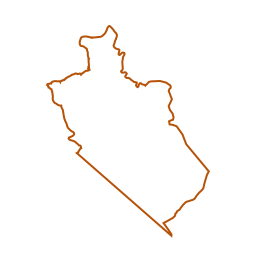 the district of Ibobang, Ngatpang, Palau, rotated 13°
{"feature_id": "81905179B30151450559542", "entity_name": "Ibobang", "entity_type": "district", "adm_level": 2, "iso_a3": "PLW", "parent_name": "Palau", "parent_adm1": "Ngatpang", "projection": "robinson", "projection_center": [134.529, 7.483], "detail": "fine", "context": "isolated", "style": "outline", "palette": "amber", "viewbox_px": 256, "rotation_deg": 13, "n_neighbors": 0, "source": "geoboundaries", "source_scale": "gbopen_adm2", "svg_char_len": 4915}
<svg xmlns="http://www.w3.org/2000/svg" viewBox="0 0 256 256"><g transform="rotate(13 128 128)"><path d="M101.1,53.4L100.5,53.5L99.3,53.4L98.7,53.4L98.3,53.2L97.9,53.1L97.1,52.8L96.6,52.5L96.2,52.1L95.6,51.4L95.4,50.8L95.5,49.9L95.7,48.6L95.8,47.2L95.8,46.3L95.9,45.4L96.1,44.6L96.3,43.8L96.3,42.5L96.5,41.7L96.4,40.8L96.3,40.0L96.2,39.7L96.0,39.3L95.5,38.9L95.1,38.4L94.8,38.1L94.5,37.8L93.6,37.4L92.6,36.6L92.1,36.0L91.3,35.4L90.3,34.6L89.7,34.2L89.2,33.9L88.6,33.5L88.0,33.2L87.5,32.9L86.9,32.8L86.5,33.1L86.1,33.5L85.5,35.0L85.4,35.9L85.3,36.9L85.1,38.0L84.9,38.8L84.7,39.6L84.5,40.4L84.2,41.1L83.8,41.9L83.2,42.7L82.7,43.5L82.3,44.0L81.8,44.5L81.2,45.0L80.6,45.3L80.3,45.5L79.5,45.8L78.4,46.1L77.3,46.5L76.0,47.0L75.0,47.3L74.0,47.6L72.3,47.9L72.4,48.2L71.6,48.2L70.3,48.1L69.8,48.2L69.2,48.0L68.4,48.2L67.7,48.2L67.2,48.1L66.6,48.3L66.0,48.4L65.2,48.6L64.1,48.9L63.4,49.3L62.8,49.7L62.2,50.2L61.9,50.8L61.8,52.1L61.6,53.3L61.6,54.9L61.7,55.8L62.0,56.2L62.1,57.1L63.2,58.4L63.9,58.6L66.3,58.5L67.6,59.1L70.1,60.2L70.9,62.0L71.9,63.5L72.0,64.3L72.6,66.4L73.2,67.7L74.0,69.1L74.4,69.3L74.0,70.0L74.5,71.1L74.7,72.4L75.0,72.9L75.1,73.5L75.4,74.3L75.6,75.0L75.8,75.7L75.9,76.7L75.6,77.0L75.7,77.5L76.2,77.1L76.5,77.9L75.8,78.5L75.7,78.9L76.1,79.2L76.2,79.7L76.7,79.9L77.0,79.7L77.4,79.7L77.5,79.9L77.0,80.3L76.5,80.4L76.5,80.7L76.3,80.7L76.1,81.0L75.8,81.2L75.5,81.4L75.0,81.4L74.7,81.6L74.1,81.8L73.8,82.0L73.5,82.4L73.3,82.7L73.0,83.0L72.7,83.2L72.4,83.7L72.2,84.0L71.6,84.6L71.4,85.0L70.6,85.8L70.3,86.4L70.0,86.0L69.8,86.3L69.6,86.1L69.2,85.8L68.8,85.8L67.7,86.4L66.6,86.9L65.6,86.5L65.1,86.6L64.1,86.9L63.5,87.6L62.8,88.0L61.7,88.5L61.3,89.0L61.0,89.0L60.7,89.6L60.4,89.8L59.7,90.6L59.2,90.9L58.7,91.3L58.2,91.5L57.4,92.4L57.2,92.7L56.8,92.9L56.6,93.4L56.2,93.6L56.0,94.3L55.6,94.6L55.3,95.2L55.1,95.1L54.7,95.7L54.3,95.6L54.0,96.0L53.4,96.5L52.9,97.0L52.6,96.9L52.4,97.3L52.0,97.4L51.8,97.7L51.7,98.3L51.5,98.0L50.4,97.9L49.7,98.1L49.1,98.3L48.4,98.5L48.2,98.5L47.5,98.5L47.1,98.6L46.5,98.7L46.1,98.8L45.4,99.1L45.0,99.4L44.3,99.7L43.9,99.9L43.7,100.1L43.4,100.6L43.2,101.2L43.3,101.7L43.2,102.0L42.6,101.9L42.5,102.1L42.1,102.2L41.9,102.4L41.6,102.4L41.1,102.6L40.8,103.0L40.3,103.1L39.9,103.2L39.5,103.7L39.6,104.3L40.1,104.3L40.5,104.7L40.4,105.0L40.7,105.3L41.0,105.7L41.3,105.7L41.5,106.0L41.6,106.4L42.0,106.3L42.2,106.5L42.6,106.6L43.0,107.0L43.4,107.1L43.9,107.4L44.7,107.5L44.7,107.9L44.9,108.1L45.1,108.3L45.7,109.4L46.0,109.5L46.1,110.1L46.3,110.5L46.4,111.0L46.6,111.3L46.9,111.9L47.0,112.5L47.3,113.1L47.6,113.7L47.7,114.7L47.9,115.2L48.0,116.4L48.2,117.0L48.5,117.6L49.1,118.3L49.6,119.0L50.4,119.7L51.2,120.1L52.2,120.3L53.1,120.6L53.8,121.0L54.7,121.3L55.4,121.4L56.4,121.4L57.5,121.4L57.9,121.2L58.2,121.7L58.3,122.3L58.6,122.9L58.9,123.3L59.3,123.8L59.7,124.2L60.3,124.9L60.8,125.9L61.3,127.2L62.0,128.9L62.3,129.5L62.4,129.9L62.5,130.3L62.8,130.8L63.0,131.2L63.3,132.0L63.7,132.8L64.0,133.4L64.6,134.2L65.0,134.9L65.4,135.4L65.9,136.1L66.6,136.8L67.1,137.6L67.6,138.4L67.9,139.2L68.4,139.9L69.1,141.0L69.9,141.7L70.8,142.2L71.7,142.8L72.4,143.2L73.4,143.7L74.2,144.0L75.5,144.2L75.8,144.5L76.4,145.0L76.8,145.5L76.9,146.4L76.7,146.8L76.4,147.4L76.2,147.8L75.6,148.4L74.9,149.0L74.2,149.5L73.7,149.8L73.2,150.2L72.6,150.6L72.5,151.1L72.5,151.5L72.8,152.0L73.1,152.2L73.4,152.4L74.1,152.7L75.1,152.8L76.0,152.8L76.4,152.8L77.2,152.9L78.0,152.9L79.3,153.3L80.2,153.6L80.9,154.1L81.8,154.5L82.8,155.1L84.4,156.0L85.1,155.8L85.9,156.2L86.2,156.5L86.4,157.0L86.6,157.7L86.9,158.2L86.6,158.4L86.4,158.7L86.1,159.2L85.9,159.5L85.8,159.9L85.7,160.3L85.5,160.8L85.3,161.3L85.1,161.9L85.1,162.3L85.1,162.5L84.9,163.0L84.6,163.1L84.5,163.4L84.2,163.5L83.8,163.8L83.7,163.9L194.5,223.2L194.3,221.9L192.5,220.2L190.7,218.5L184.0,212.6L187.3,209.8L192.1,205.3L193.6,202.9L193.4,200.9L194.3,199.7L194.5,198.2L195.4,197.1L196.7,196.0L197.2,194.3L199.0,190.4L201.2,187.0L207.6,183.2L208.9,181.8L210.0,178.7L211.8,175.1L213.7,172.3L214.9,170.1L215.0,163.2L215.5,155.9L216.5,152.1L188.4,130.7L182.5,122.0L175.0,115.4L171.3,114.9L167.7,115.1L166.5,112.2L168.2,110.9L170.0,109.8L170.0,107.3L168.2,103.9L164.7,100.9L162.7,97.5L163.3,95.0L164.3,90.1L161.3,85.6L159.3,82.7L159.6,80.7L160.6,79.1L159.8,77.1L155.1,75.2L148.6,75.0L140.3,77.3L138.1,78.3L136.6,80.8L135.4,82.8L134.5,82.3L133.9,82.2L133.0,82.3L131.8,82.2L130.9,81.8L130.6,81.5L129.7,81.6L129.1,82.7L128.8,83.2L128.9,85.0L128.3,86.0L127.2,85.7L126.2,84.5L126.3,83.6L126.5,82.4L126.3,81.7L125.4,81.7L124.4,81.7L123.5,81.8L121.7,80.9L120.5,80.5L118.4,79.3L117.3,79.1L116.2,79.4L115.0,79.4L114.2,79.1L113.7,78.5L113.9,77.4L114.2,76.8L114.6,75.4L114.2,75.0L113.5,74.4L112.5,74.4L111.1,75.1L109.7,75.4L109.0,75.1L108.5,74.3L109.3,73.0L109.6,71.5L107.6,65.0L107.2,60.1L108.0,57.1L107.8,56.0L107.2,55.6L105.5,55.8L104.8,56.7L103.9,58.3L103.0,58.8L102.3,58.3L102.1,57.1L102.2,54.8L102.0,53.8L101.1,53.4Z" fill="none" stroke="#b45309" stroke-width="2"/></g></svg>